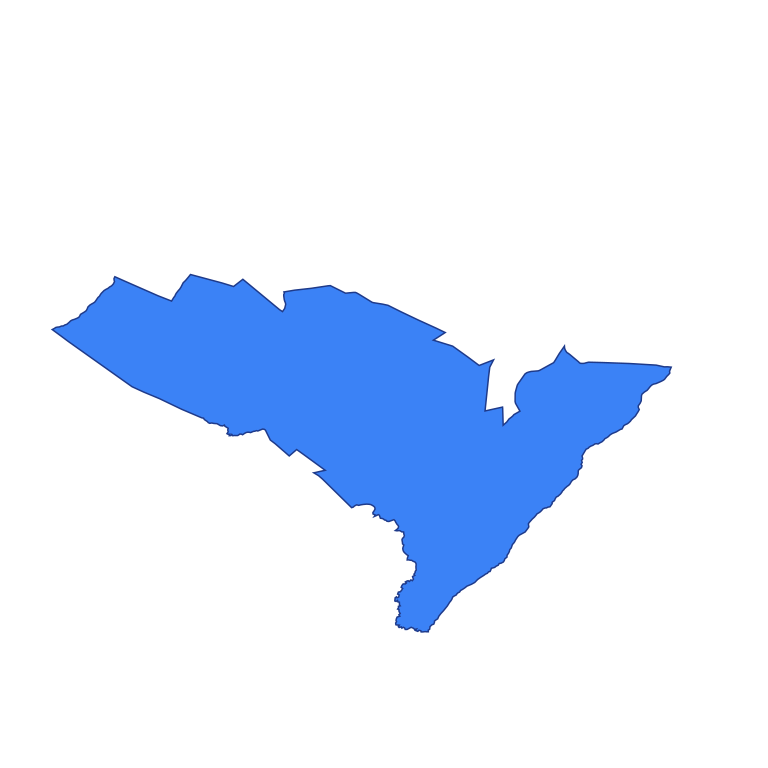 Kiminini, Rift Valley, Kenya, rotated 58°
{"feature_id": "3690345B935775811379", "entity_name": "Kiminini", "entity_type": "district", "adm_level": 2, "iso_a3": "KEN", "parent_name": "Kenya", "parent_adm1": "Rift Valley", "projection": "equal_earth", "projection_center": [35.015, 0.934], "detail": "fine", "context": "isolated", "style": "filled", "palette": "blue", "viewbox_px": 768, "rotation_deg": 58, "n_neighbors": 0, "source": "geoboundaries", "source_scale": "gbopen_adm2", "svg_char_len": 6170}
<svg xmlns="http://www.w3.org/2000/svg" viewBox="0 0 768 768"><g transform="rotate(58 384 384)"><path d="M521.9,131.5L519.6,134.5L518.1,137.1L512.2,143.2L496.7,165.0L481.5,187.5L473.9,199.0L473.1,201.4L472.6,203.2L471.9,204.5L470.7,206.3L469.7,207.0L468.5,207.2L457.7,210.7L455.6,211.5L454.3,212.2L452.4,212.3L450.8,212.2L449.2,211.8L447.5,210.9L451.0,219.1L454.7,226.4L455.8,228.8L454.9,244.7L454.6,246.2L451.3,252.6L450.5,255.1L450.1,256.9L450.2,259.1L454.8,270.0L455.5,271.4L456.8,272.9L460.2,276.6L461.3,277.6L468.3,282.1L470.1,282.7L479.1,283.1L478.8,290.0L479.4,291.9L479.7,294.0L479.9,296.5L481.3,300.0L482.1,304.8L467.6,296.3L466.4,295.7L460.4,312.6L432.8,291.1L425.8,285.4L421.6,278.3L419.1,291.4L418.7,293.5L405.8,298.5L388.3,305.7L373.0,318.9L372.8,304.8L364.1,310.3L348.1,320.9L331.8,331.3L319.4,338.9L315.5,342.9L309.5,349.8L308.4,350.8L294.7,357.6L292.3,358.9L291.2,359.7L290.1,361.5L286.6,368.5L272.1,377.4L271.0,379.6L264.3,395.0L257.0,410.2L252.9,420.1L254.1,420.3L255.0,421.6L256.1,422.3L259.4,423.8L261.0,424.3L262.9,424.6L264.4,425.2L267.3,428.2L268.8,431.7L265.6,433.2L220.4,448.2L221.6,459.9L212.4,467.9L188.6,490.1L189.6,492.9L190.8,496.6L191.3,498.5L191.7,500.6L194.3,504.9L195.3,507.1L195.7,508.7L197.0,512.2L197.8,513.6L198.6,514.7L199.3,516.6L201.1,520.2L189.4,528.9L159.6,549.2L150.4,555.4L151.5,557.1L152.8,557.8L154.4,558.3L155.8,560.7L156.4,563.0L156.3,565.1L156.6,567.5L156.4,569.6L156.4,571.9L157.3,575.7L157.9,577.2L158.7,578.6L159.1,580.8L160.7,584.4L161.3,586.1L161.3,587.9L161.2,589.5L161.2,591.7L161.8,594.3L163.1,596.0L164.0,597.7L164.2,599.8L164.1,604.5L165.0,605.8L165.7,607.4L165.6,609.3L165.1,612.3L164.5,614.5L164.4,616.3L164.9,618.6L165.3,621.4L164.8,623.3L164.8,625.2L163.9,626.9L163.6,629.0L162.6,631.0L162.1,632.5L162.2,634.2L162.0,636.5L181.1,629.0L252.8,599.1L263.6,592.0L277.4,582.2L298.2,569.0L316.1,556.5L317.4,555.1L318.9,555.2L322.3,553.7L323.7,553.5L325.0,552.6L325.8,550.7L327.2,549.3L329.2,546.6L332.6,544.8L334.0,543.1L334.3,541.1L335.6,541.3L337.3,540.4L339.0,539.6L340.2,540.9L341.9,541.4L342.9,543.5L344.1,542.8L344.8,541.4L345.8,542.6L346.6,541.2L346.1,539.8L347.7,539.7L348.4,538.1L349.2,537.0L350.2,535.3L350.1,532.7L351.0,531.5L352.1,530.8L352.0,528.6L352.1,526.7L352.6,525.2L353.4,524.0L354.5,522.9L355.0,519.8L355.6,518.5L356.0,516.8L357.0,515.9L357.9,510.8L358.9,509.6L360.2,509.0L371.3,510.1L377.1,507.9L394.8,502.5L393.3,492.8L400.8,489.7L426.0,479.6L422.1,490.6L427.0,488.1L432.2,486.5L471.7,477.0L472.1,475.4L471.8,473.6L472.0,471.2L473.5,469.8L474.1,467.9L475.1,465.5L476.7,462.3L478.4,460.0L479.5,458.9L480.8,458.2L482.0,457.6L483.5,457.2L485.3,457.8L486.3,459.6L487.1,461.5L488.4,462.2L490.5,460.8L491.2,462.4L491.6,459.8L491.7,458.1L492.9,457.5L495.9,458.2L497.2,456.7L498.4,455.9L499.5,455.7L500.5,454.6L502.0,454.2L503.2,452.7L504.3,447.5L505.7,447.1L507.1,447.3L508.9,447.3L510.1,447.3L511.3,447.0L512.5,447.1L513.7,448.3L514.1,450.0L514.3,452.0L515.4,450.8L516.3,448.9L517.2,448.0L518.7,447.4L519.9,445.8L521.8,446.7L523.2,447.0L524.4,448.4L524.7,450.1L525.6,451.3L528.3,452.4L529.4,453.0L531.0,452.5L533.2,455.1L534.2,455.6L535.7,456.1L537.5,456.1L540.7,455.2L542.4,454.4L544.1,456.5L545.5,457.6L546.2,456.3L547.2,455.3L548.3,453.9L549.7,453.3L551.3,452.1L552.9,451.9L554.3,452.5L555.8,453.7L557.4,454.6L558.9,455.3L559.4,456.8L560.4,457.5L561.2,459.4L562.6,459.3L562.4,461.8L563.7,462.2L565.1,462.4L565.8,464.2L564.4,465.0L564.9,467.2L563.6,467.8L563.2,469.3L563.2,470.8L564.6,470.4L564.8,471.9L563.7,473.7L564.3,475.4L565.5,477.2L567.3,476.5L568.2,478.3L568.8,480.2L568.1,482.1L569.4,483.8L571.0,482.9L572.5,484.6L572.2,486.2L571.1,486.2L571.2,487.8L573.7,489.8L574.8,489.0L574.7,487.2L576.1,487.7L577.2,486.6L579.5,487.9L580.7,487.8L580.2,489.6L581.3,490.1L582.1,491.7L583.1,490.8L584.6,491.7L585.8,491.9L587.2,491.9L587.6,493.7L589.3,493.6L588.6,496.4L589.8,498.1L590.9,499.1L592.2,499.3L592.9,500.8L594.5,501.5L595.6,500.3L596.6,498.8L597.4,500.4L598.5,500.2L599.2,498.0L600.5,498.2L600.5,496.6L601.8,495.8L603.4,496.1L604.4,494.4L604.7,489.9L607.0,488.3L608.4,488.2L609.0,486.4L609.6,488.0L611.7,486.4L611.4,484.8L612.8,483.5L613.9,483.9L614.8,482.5L615.8,480.3L616.7,479.2L617.6,477.7L616.2,476.9L616.2,475.3L614.1,473.5L613.6,471.0L614.0,469.0L612.8,467.5L611.8,466.8L611.6,465.1L611.6,462.9L610.0,460.6L608.8,457.4L607.8,453.7L605.8,447.9L603.9,444.0L603.4,442.4L602.5,440.5L601.1,438.7L601.0,436.9L601.2,434.4L600.5,433.2L600.3,431.7L600.5,430.2L599.7,428.5L599.8,426.0L599.7,423.4L599.4,420.7L600.2,415.9L600.3,413.8L600.4,412.2L599.4,408.2L599.2,404.8L599.2,400.7L599.0,398.6L599.3,396.7L598.7,394.9L599.2,393.4L598.3,392.0L597.2,390.6L598.2,387.3L597.9,385.4L598.2,383.2L597.3,381.5L598.0,379.7L598.2,377.1L597.5,375.6L596.3,374.2L596.0,371.5L594.4,370.3L593.6,368.3L592.5,366.5L591.1,365.1L590.5,363.0L588.2,360.2L587.6,358.1L587.0,356.7L586.0,355.1L584.3,351.4L583.9,349.4L584.3,342.7L582.6,338.3L581.9,336.9L579.0,335.6L578.3,333.9L577.1,329.8L576.6,327.0L575.8,324.5L575.2,323.0L575.3,320.8L575.2,319.1L574.8,317.4L574.1,315.2L574.5,313.1L575.2,311.8L575.3,310.2L576.1,308.3L574.6,304.8L573.4,304.1L573.2,301.2L571.9,299.4L571.1,297.6L571.4,296.1L570.8,292.6L570.1,290.7L569.3,289.3L569.0,287.7L568.4,286.2L568.1,284.4L567.8,282.7L567.8,281.2L567.4,279.5L565.9,276.6L565.4,274.6L565.7,271.9L565.1,269.5L564.1,268.0L562.9,266.8L561.6,266.0L560.2,264.9L559.9,263.4L559.6,260.9L558.3,259.4L556.5,259.4L555.6,257.5L553.5,257.0L552.9,255.3L551.7,254.7L550.0,254.2L546.4,247.2L546.7,244.9L546.3,243.5L546.3,241.6L546.7,239.3L546.6,236.8L547.3,235.3L548.3,234.3L548.3,232.1L548.5,229.8L548.1,227.4L547.4,225.6L547.6,223.7L547.5,221.6L547.0,219.5L546.9,217.3L547.1,215.7L547.4,214.2L547.7,212.5L547.8,207.5L548.3,206.0L546.4,202.7L546.4,200.6L546.7,199.0L546.6,197.2L546.1,194.7L545.4,193.1L544.3,187.6L543.3,185.7L542.4,183.7L541.0,181.1L538.7,180.8L537.3,180.0L536.7,178.6L536.0,176.9L534.6,174.8L530.3,171.8L529.3,170.5L528.8,167.4L528.8,164.2L528.3,162.6L527.3,159.8L526.8,157.8L526.9,155.6L527.8,153.0L528.2,150.5L528.6,147.7L528.8,145.3L528.7,143.6L527.4,140.2L526.8,137.5L526.2,135.8L524.5,135.1L521.9,131.5Z" fill="#3b82f6" stroke="#1e3a8a" stroke-width="1.5"/></g></svg>